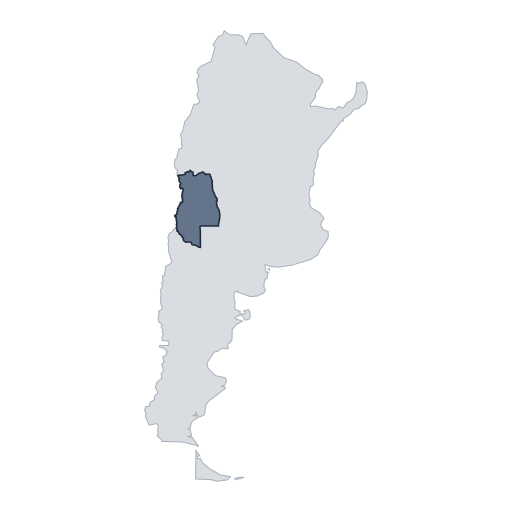 Argentina, with Mendoza highlighted
{"feature_id": "ARG-1275", "entity_name": "Mendoza", "entity_type": "Province", "adm_level": 1, "iso_a3": "ARG", "parent_name": "Argentina", "parent_adm1": "", "projection": "natural_earth1", "projection_center": [-68.979, -34.756], "detail": "fine", "context": "in_parent", "style": "filled", "palette": "slate", "viewbox_px": 512, "rotation_deg": 0, "n_neighbors": 0, "source": "natural_earth", "source_scale": "10m", "svg_char_len": 8783}
<svg xmlns="http://www.w3.org/2000/svg" viewBox="0 0 512 512"><path d="M320.9,146.1L317.7,151.7L318.3,155.3L315.3,164.1L316.0,165.8L313.7,170.0L314.3,174.5L313.0,178.8L313.4,184.3L312.5,185.9L310.5,186.4L308.9,193.9L310.4,201.2L308.9,202.6L311.4,208.0L319.5,212.6L323.5,217.3L323.6,219.3L321.3,222.2L321.0,224.7L322.1,228.0L324.1,230.1L328.0,231.4L328.4,236.1L327.6,239.2L319.8,250.0L318.0,254.7L310.9,259.4L292.6,265.0L278.5,267.1L270.4,266.6L265.1,264.4L265.4,270.5L268.0,272.3L266.7,272.4L267.8,273.5L267.0,278.4L265.3,279.4L264.0,283.5L264.0,287.1L265.5,290.0L263.8,293.0L257.6,296.0L250.4,296.6L237.2,291.9L237.7,291.2L237.0,290.9L234.8,291.8L233.8,295.9L235.2,302.2L234.7,307.7L235.5,309.5L240.3,311.5L239.9,313.7L241.5,314.0L244.9,313.5L245.4,311.7L243.6,311.0L248.3,309.6L250.1,311.9L250.1,317.5L249.2,319.0L245.5,320.1L244.5,319.8L242.5,315.9L240.7,315.1L235.5,317.1L234.9,318.4L242.5,321.2L236.8,324.2L232.3,329.4L232.0,339.0L231.0,341.7L227.9,344.1L227.3,346.0L228.4,347.0L227.9,348.8L222.0,348.2L217.8,351.2L214.0,352.2L207.0,362.9L207.9,368.1L215.5,375.7L225.2,377.7L226.4,380.2L226.0,383.2L224.8,385.0L221.2,386.7L224.3,386.7L225.6,388.2L208.1,401.6L205.8,405.6L204.7,413.7L203.4,415.3L199.8,416.9L197.4,415.3L195.6,412.3L195.6,414.7L192.3,415.6L196.3,415.7L198.1,417.6L192.8,420.6L191.2,423.3L190.5,427.0L188.4,429.1L190.1,428.7L191.5,435.9L187.4,436.4L192.5,437.6L198.3,445.9L197.8,446.5L197.6,445.7L182.3,442.0L161.7,441.4L161.9,440.3L157.2,435.9L158.2,432.7L157.4,430.0L158.4,427.6L157.7,424.6L155.9,423.6L149.3,425.3L145.6,417.2L145.8,412.8L144.6,410.0L145.8,406.5L149.1,406.3L150.1,402.5L154.5,399.5L154.5,395.9L157.1,393.8L157.7,392.0L155.3,387.3L157.0,382.2L161.6,378.3L161.1,373.3L163.6,370.9L161.7,364.3L164.3,361.6L163.0,360.0L163.0,356.5L165.5,355.6L167.1,351.8L164.5,348.4L159.7,347.4L159.5,345.6L168.0,345.5L169.1,342.8L168.5,341.2L162.0,340.4L162.1,336.6L163.5,334.3L162.2,331.9L162.6,329.7L161.0,326.4L162.6,324.9L158.3,321.5L158.3,315.9L159.2,314.5L158.6,311.5L162.4,308.7L160.6,303.3L160.9,293.0L160.3,290.3L162.7,286.0L161.4,283.2L163.1,281.1L162.4,275.8L164.4,275.4L165.8,266.3L170.7,263.6L171.7,261.8L168.3,250.2L168.6,245.9L167.9,243.9L168.8,241.3L167.9,237.6L169.4,233.2L172.8,231.4L173.1,229.9L176.6,226.9L176.4,219.5L174.8,215.7L176.6,214.3L177.8,208.6L180.4,202.7L182.6,201.7L182.1,194.9L182.9,188.7L180.0,187.6L180.7,183.2L179.6,182.2L179.0,177.6L177.0,173.5L176.9,171.6L178.0,170.5L175.8,168.9L174.3,165.1L174.6,161.7L175.0,159.3L177.4,157.6L176.9,156.0L178.9,148.8L181.3,148.5L182.6,145.9L181.3,144.6L181.6,140.3L180.5,134.2L182.7,131.2L184.7,121.7L190.1,115.0L193.9,104.3L196.8,104.2L199.9,101.9L196.8,94.9L198.8,90.6L196.7,81.4L197.4,78.0L199.2,76.0L197.1,72.5L197.8,69.6L200.7,66.3L211.0,61.4L215.1,47.2L212.9,44.7L218.5,36.4L222.5,35.0L224.2,30.7L229.4,34.8L238.4,34.9L242.8,36.6L246.0,44.8L250.8,33.8L263.2,33.4L265.7,37.4L270.4,41.9L273.6,48.0L283.8,57.6L296.8,62.2L304.8,68.7L314.1,74.1L318.7,75.4L322.2,79.2L323.0,82.0L320.8,84.3L319.2,88.5L316.6,90.9L315.5,93.7L315.5,97.1L310.5,104.0L310.6,106.6L315.6,106.0L327.6,108.7L333.4,108.7L335.2,109.8L338.4,106.6L343.5,107.9L347.0,102.4L350.3,101.3L354.0,97.4L355.8,92.7L356.8,82.6L358.8,83.3L362.1,81.9L365.1,83.9L367.4,92.4L366.5,100.6L365.0,103.9L361.3,105.7L359.3,108.1L353.5,109.8L350.3,114.2L343.1,118.8L343.4,121.2L341.1,121.1L328.7,137.9L320.9,146.1ZM195.6,479.0L195.9,450.4L199.9,456.0L197.9,455.7L197.3,458.3L200.7,458.9L202.2,462.3L209.4,468.6L220.0,474.8L230.5,476.7L227.6,479.8L217.1,481.3L210.9,479.6L195.6,479.0ZM234.7,478.6L238.0,477.5L244.2,477.3L235.9,479.6L234.7,478.6ZM269.7,269.0L269.6,270.3L267.7,268.3L269.7,269.0Z" fill="#d9dde1" stroke="#a8b0b8" stroke-width="1"/><path d="M180.8,188.9L180.5,188.1L180.3,187.9L180.0,187.6L179.8,187.4L179.7,187.2L179.7,186.9L179.9,186.1L179.9,185.8L179.7,185.6L179.7,185.3L179.8,185.1L179.9,184.9L180.3,184.8L180.4,184.7L180.5,184.5L180.6,183.9L180.7,183.7L180.9,183.3L180.9,183.1L180.5,182.9L180.3,182.8L179.9,182.4L179.3,181.6L179.2,181.2L178.9,179.7L178.9,179.4L178.9,179.2L179.0,178.9L179.3,178.9L179.1,178.5L179.1,178.3L179.1,178.0L179.1,177.7L178.8,177.3L178.3,177.0L178.1,176.6L178.2,175.6L178.0,175.4L179.9,175.0L180.3,175.0L180.6,175.1L181.1,175.3L183.3,174.7L184.6,174.6L184.8,174.5L185.0,174.4L185.1,174.1L185.1,173.9L185.0,173.2L185.1,172.9L185.3,172.7L185.5,172.6L186.2,172.4L186.4,172.3L186.5,172.2L186.8,171.9L187.0,171.8L187.4,171.7L188.0,171.8L188.6,171.9L188.8,171.8L189.0,171.7L189.2,171.2L189.3,171.1L189.5,171.0L189.6,170.9L189.9,170.5L190.0,170.5L190.2,170.4L190.3,170.5L190.5,170.5L190.7,170.8L191.2,171.3L191.3,171.6L191.5,171.8L191.7,172.0L191.8,172.1L192.2,172.2L192.8,172.0L193.0,172.1L193.2,175.5L193.3,175.6L195.6,175.7L196.2,175.4L198.2,173.9L198.5,173.6L198.7,173.3L198.8,173.2L200.3,173.0L200.5,173.0L200.9,172.8L201.4,172.4L201.5,172.3L202.7,172.0L203.1,172.0L203.5,172.3L203.8,172.6L203.9,172.8L204.0,173.2L204.2,173.4L204.6,173.6L204.8,173.7L204.9,173.9L205.2,174.3L206.3,174.5L206.5,174.5L206.5,174.4L206.6,174.5L206.8,174.4L207.2,174.3L207.9,174.2L208.7,174.2L208.8,174.2L209.0,174.0L209.3,174.1L210.2,174.7L210.2,175.2L210.5,176.5L210.8,176.7L210.9,176.8L211.0,177.0L211.0,177.3L211.1,177.5L211.2,177.8L211.2,178.1L211.4,178.5L211.4,178.9L211.7,180.1L211.8,180.4L211.9,180.5L212.1,180.6L212.1,180.8L212.2,181.0L212.3,181.4L212.4,181.5L212.2,182.0L212.1,182.3L212.1,182.5L212.2,183.0L212.2,183.4L212.0,183.5L212.1,184.0L212.3,184.6L212.3,184.8L212.2,185.1L212.3,185.4L212.4,185.6L212.4,186.9L212.4,188.0L212.5,188.3L212.5,188.5L212.5,189.0L212.8,189.6L212.8,189.9L212.8,190.5L212.9,191.0L214.0,192.9L214.2,193.2L214.3,193.3L214.4,193.8L214.6,194.5L214.9,195.0L215.1,195.9L215.2,196.2L215.2,196.3L215.4,196.5L215.8,196.8L216.0,196.9L216.2,197.1L216.3,197.4L216.4,198.0L216.6,198.2L216.8,198.3L216.9,198.5L217.0,198.7L217.1,199.1L217.3,199.5L217.2,200.1L217.2,200.8L217.1,201.1L217.0,201.3L216.9,201.3L216.7,201.2L216.6,201.3L216.6,201.5L216.4,201.7L216.4,201.9L216.5,202.3L216.5,203.3L216.6,203.6L216.5,203.9L216.6,204.0L216.8,204.2L216.9,204.5L216.9,205.6L217.2,206.5L217.2,206.8L217.3,207.0L217.8,207.6L219.1,210.3L219.4,211.3L219.4,211.6L219.3,212.3L219.4,212.5L219.5,213.0L219.6,213.4L219.8,213.8L219.9,214.0L219.8,214.3L219.6,215.1L219.8,215.3L219.8,215.6L219.7,215.9L219.8,216.8L219.8,217.0L219.7,217.9L219.6,219.1L219.6,219.4L219.2,220.2L219.1,221.5L218.6,223.7L218.5,224.7L218.4,225.4L218.4,225.6L218.5,226.0L213.6,226.0L200.5,226.0L200.3,226.1L200.1,226.3L200.0,227.3L199.9,227.8L200.0,228.0L200.3,229.8L200.4,237.5L200.4,247.4L198.4,247.1L198.1,246.8L197.7,246.1L197.6,245.9L197.3,245.8L196.6,245.8L196.3,245.7L196.1,245.6L195.8,245.6L195.7,245.6L195.4,245.5L195.0,245.0L194.8,244.9L193.4,245.0L192.8,244.9L192.3,244.8L191.9,244.5L191.7,244.1L191.5,243.0L191.1,242.6L190.9,242.5L190.4,242.3L190.0,242.2L189.3,241.9L188.8,241.8L186.8,242.2L186.3,242.2L185.7,242.0L185.2,241.9L184.4,241.3L184.0,241.0L183.2,239.9L183.1,239.7L183.4,239.4L183.4,239.2L183.4,238.8L183.5,238.7L183.4,238.5L183.4,237.9L183.2,237.7L182.9,237.5L182.5,237.3L182.1,237.0L182.0,236.8L181.9,236.7L181.8,236.2L181.7,235.9L181.6,235.7L181.2,235.4L180.9,235.3L180.9,235.2L180.7,234.9L180.5,234.6L180.3,234.4L179.4,234.1L179.1,233.8L178.9,233.4L178.6,232.5L178.5,232.3L178.3,231.3L178.2,231.2L177.9,231.0L177.7,231.0L177.4,231.3L177.3,231.2L177.2,231.2L177.0,230.9L176.9,230.5L176.8,230.3L176.8,230.0L176.8,229.9L177.0,229.7L177.1,229.3L177.1,228.9L177.1,228.7L176.9,228.4L176.8,228.2L176.3,227.9L176.4,227.7L176.5,227.2L176.8,226.9L176.8,226.7L176.5,225.6L176.6,225.2L176.8,225.0L176.8,224.9L176.7,224.8L176.4,224.7L176.4,224.2L177.1,223.5L177.0,223.1L176.9,222.8L176.4,221.4L176.3,221.2L176.5,220.7L176.5,220.4L176.4,219.8L176.5,219.3L176.4,219.1L176.2,218.9L176.1,218.7L175.8,217.7L175.9,217.4L176.1,217.4L176.3,217.2L176.1,216.9L175.7,216.6L175.2,216.6L174.8,216.4L174.6,215.9L175.0,215.2L176.7,214.6L176.9,213.7L176.9,212.7L177.1,211.7L177.9,209.5L177.9,209.4L177.7,209.3L177.6,209.1L177.5,208.8L177.5,208.7L177.9,208.6L178.2,208.1L178.3,207.1L178.4,206.6L178.7,206.4L179.1,206.0L179.3,205.7L179.5,205.0L179.7,204.7L180.2,204.3L180.3,204.0L180.3,203.7L180.3,203.3L180.3,202.9L180.3,202.6L180.5,202.4L181.1,202.3L181.3,202.3L181.6,202.3L182.0,202.5L182.0,202.4L182.8,201.9L182.8,201.5L182.5,200.9L182.4,200.7L182.4,200.4L182.5,200.1L182.6,199.0L182.6,198.4L182.5,198.0L182.2,197.9L182.1,198.0L182.0,197.6L182.1,197.0L182.1,196.8L181.9,195.7L181.9,195.4L182.0,195.3L182.4,195.0L182.5,194.8L182.5,194.6L182.2,194.2L182.1,193.9L182.1,193.7L182.4,192.9L182.4,192.7L182.3,192.3L182.6,192.2L182.8,191.3L182.8,191.1L182.9,190.9L183.2,190.5L183.3,190.3L183.3,190.0L183.1,189.6L183.0,188.8L182.8,188.5L182.4,188.3L182.0,188.1L181.6,188.2L181.1,188.9L180.8,188.9Z" fill="#64748b" stroke="#1e293b" stroke-width="1.5"/></svg>